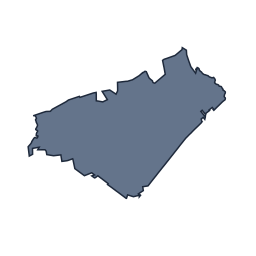 Victoria, Tamaulipas, Mexico, rotated 80°
{"feature_id": "50627088B11900040853895", "entity_name": "Victoria", "entity_type": "district", "adm_level": 2, "iso_a3": "MEX", "parent_name": "Mexico", "parent_adm1": "Tamaulipas", "projection": "albers", "projection_center": [-99.19, 23.69], "detail": "fine", "context": "isolated", "style": "filled", "palette": "slate", "viewbox_px": 256, "rotation_deg": 80, "n_neighbors": 0, "source": "geoboundaries", "source_scale": "gbopen_adm2", "svg_char_len": 4111}
<svg xmlns="http://www.w3.org/2000/svg" viewBox="0 0 256 256"><g transform="rotate(80 128 128)"><path d="M66.6,80.5L66.9,81.2L67.4,82.2L72.7,82.1L74.8,82.0L81.6,82.0L88.5,93.8L88.5,94.0L87.6,95.5L85.7,95.8L83.9,97.4L82.2,98.6L75.7,100.2L75.1,101.4L76.3,104.0L76.1,104.1L78.4,107.9L81.3,115.2L81.9,120.5L81.9,120.9L81.7,121.5L81.2,130.4L87.6,131.4L89.7,131.8L92.6,133.9L87.4,139.4L87.4,147.1L96.5,143.4L97.9,148.3L96.3,152.7L95.7,154.5L92.8,154.0L89.3,153.4L87.4,153.2L87.5,156.3L89.5,170.0L88.4,170.4L90.1,181.8L91.4,184.5L96.4,199.3L98.1,201.6L97.5,205.8L97.9,209.1L99.5,219.3L99.5,217.8L99.8,217.7L100.1,217.3L101.0,216.8L101.2,216.7L102.2,216.5L102.6,216.5L102.9,216.6L103.0,216.7L103.3,217.3L103.5,217.4L103.8,217.6L104.2,217.6L104.8,217.5L105.8,217.3L106.1,217.4L107.2,217.1L109.0,216.6L109.7,216.7L110.0,216.8L110.6,217.1L111.6,217.9L112.3,218.4L112.5,218.7L113.0,219.0L113.3,219.1L113.5,219.1L113.8,218.9L114.0,218.7L114.4,218.1L114.5,218.0L114.7,217.7L114.9,217.6L115.2,217.5L115.6,217.6L116.7,218.6L117.7,219.2L118.0,219.3L118.4,219.4L119.4,219.7L119.8,219.7L120.0,219.6L120.0,219.4L120.0,219.2L119.9,218.5L120.0,218.2L120.4,218.1L120.6,218.2L120.9,218.3L121.4,218.6L122.0,219.1L122.1,219.6L121.9,219.9L121.7,220.3L121.5,220.6L121.4,220.9L121.2,221.6L121.3,221.8L121.5,222.1L121.8,222.4L121.9,222.6L124.6,225.1L125.5,225.5L126.7,226.6L129.1,229.6L138.5,230.1L137.3,226.5L131.5,225.6L131.5,218.8L133.8,220.7L135.0,213.6L135.6,213.1L136.7,212.6L140.1,212.6L142.4,206.1L142.8,198.8L149.4,198.9L149.6,194.6L149.6,193.0L148.7,187.8L149.2,187.7L158.8,187.4L165.4,181.1L167.4,179.2L165.8,171.5L168.4,169.1L168.9,172.0L171.3,169.7L171.3,169.2L171.2,168.7L171.0,168.3L170.4,167.2L169.8,166.0L179.3,157.2L180.1,158.0L183.6,154.6L188.2,150.3L189.3,149.2L197.0,142.0L197.0,141.7L193.8,140.0L196.6,134.6L196.5,132.8L196.4,131.8L196.3,129.4L196.3,129.1L196.3,128.7L196.6,128.6L196.9,128.6L197.2,128.7L197.7,128.8L196.4,127.3L195.8,127.8L196.2,128.7L194.7,129.3L194.5,128.8L192.3,123.8L188.7,123.7L188.4,123.7L188.5,118.4L188.0,117.8L185.0,114.5L182.2,111.4L181.9,111.0L180.8,109.8L180.5,109.4L178.3,107.0L173.6,101.7L172.2,100.1L171.7,99.5L168.7,96.1L168.4,95.8L168.2,95.6L168.1,95.4L167.2,94.4L163.1,89.8L162.7,89.4L162.6,89.2L159.8,86.1L158.9,85.1L158.6,84.7L158.1,84.2L157.7,83.7L157.2,83.2L157.0,82.9L156.8,82.7L155.6,81.4L154.3,80.0L151.5,76.8L150.5,75.7L147.9,72.7L147.6,72.2L146.6,70.8L146.1,70.1L145.7,69.6L144.7,68.1L143.6,66.4L143.1,65.8L142.8,65.4L140.9,62.7L138.5,59.1L137.2,57.2L135.8,55.2L135.6,54.9L135.4,54.8L135.3,54.7L135.0,54.5L134.7,53.9L134.4,54.1L134.2,54.2L131.8,54.3L130.6,52.1L132.8,50.9L130.3,49.8L129.6,49.8L129.2,49.6L129.6,50.4L124.3,53.4L123.4,51.9L127.5,49.6L124.9,44.6L124.3,45.0L122.4,41.5L124.2,40.5L124.5,41.0L125.5,40.4L122.9,36.7L121.9,35.2L118.8,30.7L117.9,29.2L117.2,27.7L116.4,27.2L115.8,27.0L115.3,27.0L114.8,27.2L114.6,27.4L114.0,27.8L113.7,27.8L112.5,27.4L111.9,27.1L111.3,26.8L111.0,26.6L110.7,26.3L110.6,26.2L110.0,26.0L109.5,25.9L109.3,25.9L109.2,26.0L108.9,26.2L108.7,26.4L108.3,26.6L108.0,26.9L107.5,27.4L107.3,27.6L107.2,27.8L106.9,27.9L106.6,27.7L106.2,27.8L105.7,28.0L105.3,28.3L104.6,28.5L103.8,28.8L103.4,29.0L103.2,29.3L102.7,30.8L102.5,31.0L101.5,31.3L101.1,31.7L100.7,32.2L100.5,32.8L100.4,33.2L100.2,33.5L99.8,33.8L99.4,34.1L99.0,34.3L98.7,34.8L98.2,34.8L97.9,34.7L97.7,34.6L96.0,33.7L95.5,33.8L94.7,34.0L94.4,34.1L94.2,34.2L94.0,34.4L93.9,34.5L93.3,34.7L93.1,34.8L93.0,35.0L93.0,35.3L93.1,35.5L93.2,35.9L93.2,36.3L93.1,36.7L92.9,37.1L92.8,37.3L92.4,37.8L92.3,38.0L91.9,38.9L90.3,40.2L90.2,40.5L90.0,40.9L89.9,41.1L89.4,42.0L88.9,42.9L88.7,43.5L88.4,44.0L88.1,44.4L87.7,44.6L87.4,45.0L87.1,45.2L86.4,45.6L86.1,45.7L85.9,45.8L85.6,46.0L85.4,46.1L85.2,46.4L85.1,46.5L84.9,46.7L84.6,46.9L84.5,47.1L84.4,47.1L83.9,47.3L83.4,47.7L82.9,47.7L81.9,47.8L81.5,48.1L81.3,48.2L80.7,49.0L80.5,49.3L80.9,49.5L81.0,49.8L81.3,50.4L81.6,50.3L81.9,50.1L82.0,50.8L82.1,51.1L82.5,51.1L82.6,50.4L82.8,50.5L83.0,50.5L85.8,51.9L78.5,55.5L72.7,56.5L66.0,57.5L61.5,57.0L58.3,60.6L60.2,61.2L64.7,69.0L66.2,77.8L66.6,80.5Z" fill="#64748b" stroke="#1e293b" stroke-width="1.5"/></g></svg>